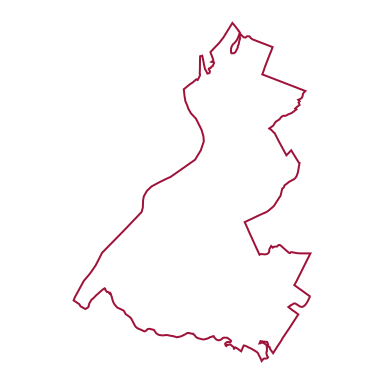 outline of Seimeni, Constanta, Romania
{"feature_id": "2599482B22406504388694", "entity_name": "Seimeni", "entity_type": "district", "adm_level": 2, "iso_a3": "ROU", "parent_name": "Romania", "parent_adm1": "Constanta", "projection": "orthographic", "projection_center": [28.127, 44.413], "detail": "fine", "context": "isolated", "style": "outline", "palette": "rose", "viewbox_px": 384, "rotation_deg": 0, "n_neighbors": 0, "source": "geoboundaries", "source_scale": "gbopen_adm2", "svg_char_len": 5902}
<svg xmlns="http://www.w3.org/2000/svg" viewBox="0 0 384 384"><path d="M73.6,300.4L79.3,304.2L80.6,306.4L85.4,309.0L88.2,307.3L88.5,306.7L89.2,303.8L89.6,302.9L91.5,299.7L93.0,298.6L96.2,295.3L102.4,289.8L104.6,288.3L105.3,288.9L105.3,289.4L105.4,290.0L107.0,292.0L107.2,291.9L107.7,291.9L108.4,292.1L108.6,292.3L109.4,293.4L110.0,292.8L110.2,293.0L110.3,293.1L110.0,293.5L110.4,293.7L110.3,293.8L110.4,294.2L110.9,294.6L111.7,296.7L112.6,300.1L113.2,301.8L113.7,303.0L114.0,303.5L114.3,304.1L116.9,307.2L117.4,307.6L117.8,307.8L123.1,310.3L123.5,310.6L123.8,310.9L124.2,311.3L125.3,313.5L125.5,313.9L125.9,314.2L126.2,314.5L129.6,316.9L130.4,317.6L130.9,318.2L131.4,318.9L134.9,325.6L135.6,326.7L137.8,328.5L138.1,328.6L139.5,329.1L140.4,329.6L141.1,329.8L144.3,331.4L145.2,331.2L145.7,331.0L146.0,330.7L147.2,329.5L147.5,329.2L147.8,329.1L149.3,328.8L149.9,328.9L153.9,329.9L156.2,333.2L157.8,334.4L159.6,335.1L162.8,335.4L166.7,335.0L170.3,335.7L173.5,336.2L177.0,337.3L178.2,336.9L180.2,336.6L182.0,335.9L182.7,335.6L183.7,335.0L184.7,334.6L185.6,334.1L186.3,333.6L187.2,333.1L187.5,333.0L187.9,333.0L188.6,333.0L189.0,333.0L189.4,333.1L190.8,333.5L191.9,333.7L192.3,333.9L193.2,333.7L193.4,334.0L194.0,334.7L194.4,335.0L194.6,335.3L194.9,335.5L195.6,336.5L195.8,336.8L196.3,337.2L196.8,337.5L197.1,337.8L197.5,338.0L198.1,338.2L202.2,339.3L203.4,339.4L205.0,339.3L206.1,338.9L206.3,338.7L206.7,338.8L207.1,338.7L208.3,338.2L209.8,337.3L211.1,336.9L212.0,336.6L212.5,336.6L212.9,336.2L213.3,336.1L213.7,336.2L214.0,336.9L215.0,338.2L216.2,339.4L217.2,339.9L218.2,340.2L219.2,340.3L220.3,339.9L221.3,339.4L222.0,338.9L222.4,338.3L223.1,337.9L223.6,337.7L226.2,337.7L227.5,337.9L227.9,338.2L229.2,339.3L229.7,339.6L231.1,340.9L230.4,342.2L227.3,342.0L226.2,342.6L225.2,343.5L225.1,343.8L225.4,344.7L225.6,345.3L225.7,345.6L225.8,345.6L226.4,346.0L226.6,345.5L226.5,345.4L226.6,344.9L227.2,344.8L227.8,345.0L229.0,344.6L230.1,344.5L230.6,344.7L233.9,347.4L234.0,347.8L233.8,348.5L234.0,348.8L234.3,348.7L235.3,347.4L237.6,348.7L239.1,349.8L241.2,351.3L243.7,345.5L245.0,345.7L245.9,346.0L246.3,346.2L248.7,347.5L250.2,348.1L251.4,348.7L254.4,350.5L256.5,351.8L257.1,352.3L257.6,352.7L257.8,352.9L258.0,353.3L259.0,355.4L260.5,358.2L261.1,359.7L261.7,361.0L263.1,359.2L263.5,358.9L264.1,358.6L264.6,358.5L265.5,358.5L266.3,358.5L266.7,358.4L267.2,358.2L267.7,357.7L268.0,357.4L267.7,356.9L267.6,356.5L267.1,355.8L267.0,355.6L266.5,353.7L266.4,353.1L266.4,352.7L266.4,352.3L266.6,351.8L266.9,351.5L266.9,349.8L266.9,347.6L266.6,345.9L266.4,345.0L266.2,344.8L266.0,344.5L265.5,344.3L264.7,343.7L264.1,343.4L263.7,343.2L262.9,342.8L262.4,342.5L262.1,342.5L261.9,342.5L260.8,343.1L260.3,343.3L259.5,343.4L260.5,341.1L260.9,341.2L267.2,342.0L267.8,343.6L268.3,345.4L268.4,346.4L268.7,346.8L269.8,347.3L269.9,348.7L273.1,353.2L277.6,346.1L279.8,342.9L281.6,340.0L281.7,339.9L282.4,338.6L282.6,338.1L289.0,328.7L298.3,314.4L294.4,311.5L292.4,310.2L288.4,307.0L289.9,305.9L289.9,306.0L293.7,303.6L294.3,303.4L295.2,303.5L296.0,303.9L299.5,306.2L300.5,306.7L301.5,306.9L302.5,306.8L303.6,306.3L305.1,305.1L307.0,302.5L308.7,299.2L309.8,296.9L309.8,296.2L307.5,294.6L294.3,285.1L296.2,281.8L310.4,253.4L301.9,253.4L299.0,253.3L297.2,253.2L291.8,252.2L291.1,252.2L290.7,252.3L290.0,253.1L289.8,253.1L288.8,252.7L284.2,248.7L280.5,245.3L279.5,245.0L278.8,245.0L278.2,245.3L277.6,246.0L277.1,246.5L276.5,246.6L275.7,246.5L274.1,246.8L273.3,247.0L272.8,247.6L271.2,246.0L269.5,249.0L269.3,249.5L269.2,251.6L268.8,252.6L268.3,253.2L267.3,253.8L266.1,254.2L264.9,254.4L262.3,254.1L260.9,254.1L260.3,254.2L259.5,254.7L255.1,245.2L248.2,230.0L248.2,229.8L244.7,222.1L259.9,214.9L266.7,211.9L267.8,211.1L269.1,210.1L272.8,207.0L273.6,206.2L274.2,205.5L274.8,204.7L275.3,203.8L278.4,199.0L279.0,198.0L280.4,196.0L280.6,195.6L281.5,191.8L282.1,189.1L282.2,188.7L282.5,188.4L283.6,187.6L283.8,187.3L284.2,186.4L284.4,185.6L284.7,185.2L287.6,183.1L288.1,182.6L288.6,182.1L290.0,181.4L292.8,179.8L293.1,179.7L293.6,179.5L295.1,178.2L296.1,177.0L296.3,176.7L296.7,175.8L297.1,174.5L297.7,173.2L297.9,172.5L299.5,162.9L298.9,162.8L291.2,150.3L286.4,155.3L279.1,141.8L274.5,132.9L274.2,132.8L273.7,132.4L271.1,129.7L269.5,128.8L269.2,128.5L273.2,125.7L275.2,122.4L276.2,121.4L278.8,119.8L279.9,118.9L280.7,117.6L282.1,116.4L283.2,115.8L285.6,115.8L288.2,114.4L291.7,113.0L296.4,109.4L295.2,108.5L296.9,107.0L299.6,104.9L298.6,102.5L299.2,101.9L299.7,101.3L298.2,99.8L300.1,99.0L301.5,98.2L302.2,97.0L302.7,95.9L302.8,94.3L303.4,93.1L305.4,91.0L262.3,74.4L264.2,69.2L264.4,68.3L266.3,63.3L270.5,52.5L270.8,52.1L272.6,47.1L252.4,39.3L250.7,38.1L250.5,37.8L250.4,37.4L249.6,36.5L248.7,36.3L247.8,36.2L246.9,36.4L245.8,37.4L245.1,37.6L243.6,37.2L242.2,35.9L240.8,34.4L239.5,36.9L240.2,38.2L239.3,40.9L238.9,42.8L238.8,44.1L237.8,46.1L237.8,47.4L236.9,49.3L235.4,52.2L234.0,53.2L231.6,53.3L231.2,52.9L231.0,51.2L231.1,48.3L231.8,46.1L233.2,44.1L234.8,42.7L236.8,40.1L238.1,37.5L239.9,32.5L238.6,31.1L238.7,30.8L234.4,25.3L233.5,24.2L232.4,23.0L223.4,37.5L219.3,42.8L210.4,52.1L212.3,57.2L213.2,59.5L213.3,59.9L212.8,61.0L211.5,61.9L211.8,62.0L213.6,61.8L214.1,62.9L212.6,66.3L211.5,66.6L210.6,68.0L210.2,68.0L209.6,68.2L208.9,68.6L208.7,69.2L209.0,69.7L209.5,70.3L209.9,71.2L209.5,73.0L209.3,73.1L207.8,73.5L207.4,73.6L207.3,73.4L206.0,70.8L205.1,69.2L204.6,67.4L203.8,63.4L202.6,57.3L202.2,55.7L200.1,56.3L200.0,59.0L199.9,69.5L199.7,73.6L200.0,74.1L199.9,75.7L199.7,76.0L198.9,77.7L197.6,80.0L196.3,79.3L192.9,82.3L189.2,84.8L184.9,88.4L183.8,89.2L184.5,95.8L185.4,101.3L187.0,104.8L188.3,108.7L191.0,113.4L196.0,118.7L201.5,129.7L203.4,136.2L203.8,141.4L200.8,150.3L195.1,159.7L170.6,176.9L165.3,179.3L158.7,182.6L151.6,186.4L146.8,191.0L143.8,196.4L143.1,200.3L142.8,207.7L141.6,212.0L125.7,228.7L102.0,252.9L98.6,259.7L95.6,265.5L89.9,273.7L83.8,280.9L74.9,297.2L73.6,300.4Z" fill="none" stroke="#9f1239" stroke-width="2"/></svg>